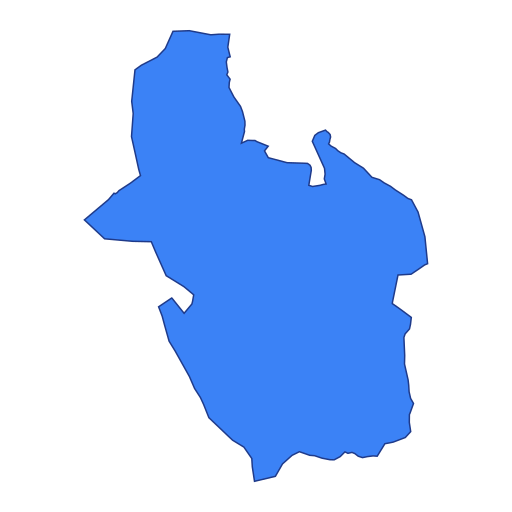 the district of Dandume, Katsina, Nigeria
{"feature_id": "59680162B23965546094498", "entity_name": "Dandume", "entity_type": "district", "adm_level": 2, "iso_a3": "NGA", "parent_name": "Nigeria", "parent_adm1": "Katsina", "projection": "albers", "projection_center": [7.218, 11.418], "detail": "fine", "context": "isolated", "style": "filled", "palette": "blue", "viewbox_px": 512, "rotation_deg": 0, "n_neighbors": 0, "source": "geoboundaries", "source_scale": "gbopen_adm2", "svg_char_len": 2234}
<svg xmlns="http://www.w3.org/2000/svg" viewBox="0 0 512 512"><path d="M254.5,481.3L275.4,476.3L282.5,463.9L292.1,455.3L299.4,451.7L306.9,454.3L309.7,455.3L314.6,455.7L317.6,456.7L322.1,458.2L329.9,459.7L333.6,459.8L334.2,459.8L340.2,456.6L342.1,454.7L344.9,451.9L345.0,451.9L347.9,453.3L352.0,452.4L354.9,453.6L358.2,456.2L362.5,457.6L365.0,457.1L367.4,456.6L373.1,455.9L377.2,456.2L384.9,443.7L389.3,442.9L393.2,442.1L405.3,437.5L410.7,431.6L409.3,422.4L409.4,414.5L410.0,413.2L413.5,403.5L410.6,398.4L409.1,391.8L408.7,385.1L408.1,379.9L404.5,364.0L404.7,355.5L403.9,337.5L405.1,333.9L409.5,328.9L410.5,324.3L411.3,317.4L401.5,310.1L398.2,307.7L392.3,303.6L392.5,302.0L398.0,275.0L411.1,274.2L421.7,267.0L424.7,264.9L427.6,263.7L424.9,236.7L418.0,211.9L417.9,211.8L411.5,199.8L407.8,198.4L403.5,195.2L395.4,190.0L390.5,186.3L384.0,182.8L379.6,179.7L371.9,177.3L363.5,168.2L354.5,162.6L344.1,154.0L340.9,152.8L337.9,150.8L335.6,148.5L331.1,146.1L328.6,143.9L329.5,142.0L329.9,139.5L330.6,137.0L330.1,134.5L328.2,132.4L327.0,131.7L325.5,130.1L318.3,132.7L314.8,135.4L312.3,141.3L324.5,168.3L325.1,174.2L324.3,178.9L326.1,184.0L323.3,184.4L320.1,185.3L312.5,186.5L308.8,185.3L311.3,170.3L311.1,167.4L310.0,165.2L307.5,163.4L303.4,163.2L303.2,163.2L287.1,162.7L268.3,157.7L264.5,150.9L268.2,146.2L259.8,142.8L257.0,141.7L255.0,140.5L252.8,140.5L247.7,140.3L241.4,143.2L244.5,131.5L244.3,129.2L245.0,125.2L244.9,121.2L243.7,116.4L242.5,111.6L240.5,106.4L233.9,97.0L229.0,87.5L229.3,82.4L230.1,79.2L226.8,74.8L227.9,72.0L227.0,67.4L226.3,61.9L227.4,57.6L230.2,56.8L229.7,54.9L227.8,47.2L229.7,34.3L219.1,34.2L210.8,34.8L189.3,30.7L173.0,31.3L165.3,48.5L157.1,57.1L141.4,65.2L135.0,69.8L131.7,101.3L133.2,113.5L131.5,136.6L135.1,152.8L138.7,169.2L140.5,175.6L130.2,183.3L119.0,190.6L117.2,192.7L115.2,193.8L114.0,193.2L108.5,199.6L84.4,219.9L104.6,238.8L132.7,241.3L151.3,241.7L155.5,251.7L166.2,275.7L184.0,286.7L193.7,294.8L192.6,301.2L191.9,304.0L184.1,313.3L171.9,298.1L171.7,298.0L158.6,306.8L162.2,316.2L164.6,325.2L169.1,341.2L175.2,351.1L189.4,376.5L194.6,388.5L200.4,397.5L203.6,404.4L208.9,417.7L227.5,435.4L232.6,440.2L243.9,447.1L251.8,458.5L252.3,466.8L254.5,481.3Z" fill="#3b82f6" stroke="#1e3a8a" stroke-width="1.5"/></svg>